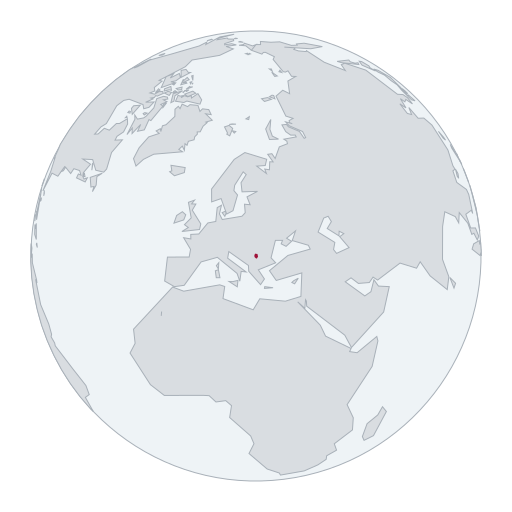 globe centered on Vidin, rotated 350°
{"feature_id": "BGR-2253", "entity_name": "Vidin", "entity_type": "Province", "adm_level": 1, "iso_a3": "BGR", "parent_name": "Bulgaria", "parent_adm1": "", "projection": "orthographic", "projection_center": [22.659, 43.807], "detail": "fine", "context": "on_globe", "style": "filled", "palette": "rose", "viewbox_px": 512, "rotation_deg": 350, "n_neighbors": 0, "source": "natural_earth", "source_scale": "10m", "svg_char_len": 11056}
<svg xmlns="http://www.w3.org/2000/svg" viewBox="0 0 512 512"><g transform="rotate(350 256 256)"><circle cx="256" cy="256" r="225" fill="#eef3f6" stroke="#a8b0b8"/><path d="M163.9,50.4L175.0,47.3L168.6,49.7L172.3,49.0L180.5,46.2L185.1,44.6L209.0,42.3L236.5,39.3L244.7,36.8L243.3,39.0L258.4,34.0L273.0,33.8L256.8,35.1L255.4,36.3L265.5,36.3L266.2,37.5L271.4,38.5L271.4,40.1L262.0,41.4L261.8,42.6L268.9,42.7L273.3,44.7L262.9,44.4L269.6,48.1L255.0,52.1L227.1,51.9L219.3,57.3L191.1,66.2L193.9,67.5L185.1,72.4L185.0,75.9L179.8,77.0L184.2,79.0L189.0,77.3L192.5,77.7L192.9,79.8L186.4,81.4L185.2,80.6L183.5,82.2L180.0,82.2L182.0,83.4L174.0,85.4L182.4,86.6L176.4,91.0L171.0,91.5L171.0,87.2L158.3,79.6L152.8,79.8L145.0,83.8L131.6,99.6L125.8,101.9L118.2,108.0L121.7,108.4L128.8,103.9L133.4,106.6L141.5,101.3L144.6,101.8L153.2,98.5L152.5,103.7L147.1,110.8L139.9,114.0L137.3,117.4L144.6,118.4L131.7,129.0L124.0,144.4L120.6,147.0L113.1,143.7L111.9,132.7L102.2,130.4L109.0,136.9L100.4,144.0L99.2,147.5L100.0,150.3L103.5,149.7L100.6,153.4L92.8,147.9L95.3,144.4L97.7,146.0L97.1,141.2L91.8,138.4L87.8,142.6L83.9,135.5L81.1,138.6L78.6,139.1L83.5,134.4L74.7,143.0L69.5,139.0L57.4,154.9L68.7,136.8L72.3,129.8L75.7,123.3L73.7,125.6L80.9,115.0L82.7,112.0L94.2,99.3L106.5,87.4L119.8,76.6L133.8,66.7L148.5,58.0L163.9,50.4ZM61.0,143.1L58.7,147.4L57.3,149.9L61.0,143.1ZM36.4,205.7L36.8,204.6L36.7,209.3L34.2,218.7L36.0,214.8L34.6,223.9L35.7,240.4L34.9,241.2L35.5,266.5L40.1,287.0L41.1,297.6L40.2,300.0L42.6,306.7L42.7,309.6L56.2,335.7L66.0,354.0L67.7,363.5L63.4,365.6L68.8,381.0L66.7,378.1L58.3,364.0L51.0,349.4L44.8,334.3L39.7,318.8L35.7,303.0L32.8,286.9L31.2,270.6L30.7,254.3L31.4,238.0L33.3,221.8L36.4,205.7ZM54.3,159.3L46.2,182.2L47.6,174.3L47.9,174.6L50.7,167.5L54.7,157.5L56.8,151.5L54.3,159.3ZM57.9,157.9L59.0,154.6L58.4,157.2L57.9,157.9ZM187.0,43.8L180.6,46.1L172.9,48.4L178.1,46.3L187.0,43.8ZM201.7,40.7L199.0,41.8L195.1,41.7L197.9,41.1L201.7,40.7ZM250.4,35.2L245.1,35.5L250.0,34.8L250.4,35.2ZM272.2,38.3L273.5,37.9L275.7,38.6L272.2,38.3ZM153.0,95.9L153.1,97.2L151.4,97.1L153.0,95.9ZM156.7,93.4L154.7,92.5L156.2,91.2L157.4,91.8L156.7,93.4ZM277.6,41.9L280.7,43.4L275.9,42.1L277.6,41.9ZM158.7,95.0L159.0,89.0L161.6,86.8L168.2,87.4L158.7,95.0ZM281.5,44.4L289.2,48.5L292.7,47.8L287.2,52.6L282.4,47.2L275.9,45.5L280.5,45.6L281.5,44.4ZM190.3,75.9L185.3,77.7L189.1,74.4L190.3,75.9ZM191.9,73.7L198.7,63.7L206.4,62.3L202.5,65.8L212.2,62.9L212.6,67.1L207.4,69.6L202.4,69.6L206.4,71.3L191.9,73.7ZM282.8,54.8L283.3,56.2L281.0,55.0L282.8,54.8ZM194.2,77.6L194.9,75.5L201.6,74.2L201.5,78.1L199.3,77.2L194.2,77.6ZM214.5,60.2L219.5,60.1L221.2,63.4L223.3,63.9L213.3,67.1L214.5,60.2ZM198.0,78.6L201.2,80.2L198.4,82.8L194.0,79.6L198.0,78.6ZM203.4,72.2L206.6,71.9L204.8,73.3L203.4,72.2ZM190.3,93.5L191.0,90.8L194.5,89.7L190.3,93.5ZM202.6,80.6L203.5,79.7L205.0,79.1L206.5,80.6L202.6,80.6ZM215.2,69.3L214.8,70.9L219.3,68.2L220.8,70.8L213.8,72.6L217.4,72.9L217.9,73.8L211.7,74.3L215.2,69.3ZM212.4,80.5L204.0,84.1L202.0,89.3L198.8,90.2L202.6,81.8L212.4,80.5ZM212.5,76.8L211.7,79.2L208.1,79.0L206.5,77.2L212.5,76.8ZM224.3,72.1L223.9,67.5L225.4,67.3L224.3,72.1ZM212.5,82.0L214.5,81.1L212.8,82.4L212.5,82.0ZM221.5,75.1L221.1,73.4L222.9,73.2L221.5,75.1ZM218.8,80.8L216.1,81.9L214.9,80.7L218.8,80.8ZM220.6,78.2L223.1,78.4L216.1,79.6L220.2,77.5L220.6,78.2ZM223.2,75.1L224.1,74.5L223.1,75.9L223.2,75.1ZM225.0,85.3L216.5,87.1L213.8,84.2L222.4,82.7L225.0,85.3ZM129.7,364.4L115.1,329.7L121.8,321.0L122.7,306.8L168.5,272.1L178.7,278.1L215.3,278.1L219.9,280.6L216.1,292.2L243.9,308.5L252.3,298.8L277.1,305.6L293.2,303.6L298.2,280.6L271.7,283.6L266.7,272.8L287.5,261.0L310.6,258.6L309.4,254.5L294.4,247.1L299.3,238.1L289.2,243.8L293.6,247.7L287.3,251.7L282.9,248.4L284.9,245.2L277.8,244.0L270.5,260.4L274.2,266.1L255.9,270.0L260.3,280.1L255.5,285.0L246.2,269.8L246.9,264.0L230.0,246.9L227.7,253.2L243.5,270.0L238.7,268.6L235.7,278.0L234.3,269.8L217.7,250.6L200.9,252.3L180.2,272.4L170.3,272.0L161.7,264.8L168.6,241.7L190.0,245.4L192.7,238.1L187.9,225.4L194.8,227.9L195.5,223.4L203.5,224.4L214.3,215.1L222.4,215.0L226.2,201.6L230.8,200.0L227.3,208.2L229.1,214.2L249.1,214.4L252.9,211.5L253.7,203.0L259.1,204.5L257.4,196.2L268.7,192.6L253.4,190.4L254.0,181.2L260.5,174.1L258.0,170.9L247.3,182.6L245.6,187.8L248.4,192.7L241.2,207.4L234.4,209.6L231.6,193.4L221.7,195.0L223.9,182.3L251.3,157.1L263.0,152.2L283.3,162.6L280.8,168.5L272.3,167.6L280.6,176.6L279.7,171.9L284.2,173.4L285.9,165.6L289.2,166.3L285.2,157.9L289.4,158.0L291.8,163.3L297.9,152.6L306.5,150.9L306.3,148.2L303.7,145.8L316.3,145.7L315.6,143.7L311.2,143.0L306.9,138.7L304.3,131.4L308.8,131.7L310.4,134.4L320.4,140.9L323.9,148.5L325.5,148.0L323.5,141.5L311.3,133.5L308.4,129.0L314.7,132.0L312.2,130.5L312.1,128.4L316.4,126.9L309.7,123.4L303.5,102.0L311.1,97.4L317.3,102.0L317.8,89.2L326.3,86.1L322.2,85.2L319.6,79.2L316.9,80.0L314.8,79.2L307.0,65.4L308.7,62.9L300.7,57.1L298.6,56.8L296.9,58.2L287.2,52.6L292.7,47.8L297.2,48.6L297.6,45.5L307.8,48.1L316.5,49.2L327.4,54.7L333.2,55.5L332.7,54.2L340.3,54.8L357.7,61.3L345.9,61.4L320.2,55.2L330.9,57.9L329.1,59.1L333.4,61.4L340.9,63.4L341.3,62.5L356.8,77.0L376.2,88.9L373.2,82.4L377.0,81.6L396.4,92.0L423.4,121.3L428.7,122.5L432.8,126.5L436.5,133.4L430.7,127.8L429.4,130.0L425.5,126.1L429.4,136.2L424.1,131.1L429.8,141.9L433.8,143.7L432.3,136.3L439.6,148.5L445.2,149.3L452.0,157.6L463.4,184.9L465.6,201.4L467.1,205.1L464.7,206.3L466.5,218.4L474.8,227.0L476.2,232.3L476.8,251.8L476.0,248.3L469.9,251.3L472.3,265.7L477.0,266.5L478.8,275.2L476.7,278.6L474.5,271.4L472.3,272.2L470.3,260.5L463.7,248.5L461.4,258.6L459.1,251.8L449.6,245.2L444.9,259.3L439.1,291.7L442.3,309.9L438.5,322.3L424.0,305.8L416.7,290.2L412.0,295.9L396.6,288.0L371.6,300.8L367.6,297.1L363.0,301.8L352.1,300.8L345.8,294.0L339.4,296.9L356.2,314.2L363.0,311.1L368.0,299.9L371.4,306.9L381.9,309.3L372.0,333.3L334.1,362.7L329.7,349.4L297.2,314.2L297.8,309.1L297.6,308.6L297.2,307.6L295.0,316.0L289.1,308.4L307.3,335.3L310.6,347.0L333.6,363.6L331.6,366.4L338.8,368.8L361.0,356.2L361.3,360.8L351.2,384.9L319.9,418.2L323.7,432.2L320.8,444.0L300.5,454.5L301.6,461.2L290.9,465.0L289.8,468.4L280.8,472.4L266.2,476.0L242.1,476.0L241.2,473.7L230.0,467.7L214.8,449.3L221.4,440.5L219.5,432.3L202.0,410.5L205.9,399.1L201.1,393.2L191.2,392.8L185.6,385.4L179.5,384.0L141.5,377.4L129.7,364.4ZM153.4,294.3L152.3,298.5L153.4,294.3ZM335.8,267.4L349.1,263.9L341.8,251.5L346.4,249.2L342.2,246.0L341.2,250.6L330.9,241.3L336.2,235.2L333.9,229.4L329.3,230.4L321.3,243.2L336.0,256.3L333.5,263.1L335.8,267.4ZM35.8,240.8L35.6,244.6L35.2,241.9L35.8,240.8ZM46.1,176.6L45.2,180.1L44.2,183.2L44.6,181.1L46.1,176.6ZM42.4,205.0L42.1,209.7L41.7,206.3L42.4,205.0ZM45.3,185.7L42.5,201.6L41.8,196.3L43.8,186.5L43.4,191.1L45.3,185.7ZM54.9,161.2L54.0,163.8L53.1,164.8L54.9,161.2ZM57.4,159.8L57.5,159.2L58.7,156.9L57.4,159.8ZM100.9,144.3L101.4,144.8L101.4,148.2L99.9,147.6L100.9,144.3ZM110.9,158.4L106.1,164.2L108.5,159.4L105.4,159.4L106.4,149.8L119.0,147.8L113.1,150.2L110.9,158.4ZM111.3,137.1L109.2,143.0L111.0,136.6L111.3,137.1ZM191.2,199.6L194.0,203.2L191.1,207.9L180.9,209.4L184.9,202.3L191.2,199.6ZM198.8,207.2L198.8,191.4L205.2,190.3L201.6,193.5L205.8,194.4L201.2,199.8L207.2,214.8L205.0,220.1L187.3,219.0L194.3,216.2L191.0,212.7L198.8,207.2ZM187.9,157.5L188.0,151.9L201.6,156.6L199.9,161.4L189.6,162.8L185.6,158.0L187.9,157.5ZM170.4,97.7L169.6,96.1L171.4,95.5L173.6,96.4L170.4,97.7ZM190.3,92.3L176.0,104.4L174.3,103.1L167.9,112.4L161.0,112.6L165.3,106.4L155.2,113.9L156.4,108.5L150.0,114.0L160.5,100.3L161.1,96.1L163.0,100.6L169.4,100.5L172.3,99.1L181.1,92.4L185.6,83.8L192.7,82.7L196.4,84.2L196.4,86.1L191.9,86.1L195.1,88.6L188.5,90.2L190.3,92.3ZM236.4,109.0L231.1,107.2L236.5,114.7L229.9,115.4L231.0,116.2L226.4,119.0L222.6,124.0L219.6,123.6L219.4,125.8L216.4,127.9L215.2,130.8L209.3,131.3L207.3,135.0L205.6,133.1L203.8,139.5L202.5,135.0L198.5,137.6L201.8,140.6L173.0,138.0L161.9,141.3L153.4,146.6L152.3,138.8L159.7,129.1L171.0,120.1L181.9,118.5L179.4,115.5L183.9,114.0L183.9,116.9L186.5,111.5L190.2,111.1L200.3,104.5L201.7,97.4L205.5,95.1L206.8,97.7L209.6,93.6L214.6,97.0L217.3,95.5L225.0,97.6L225.9,103.9L228.9,101.8L234.9,103.6L236.4,109.0ZM227.0,86.0L229.6,92.8L227.2,96.7L214.8,91.4L211.6,92.3L203.6,89.6L207.2,84.2L209.1,85.4L211.9,85.4L209.7,87.1L213.5,85.7L216.3,87.4L220.1,86.9L219.9,89.2L227.0,86.0ZM225.0,276.4L228.5,277.2L234.0,276.9L232.2,283.1L225.0,276.4ZM213.4,263.5L216.6,263.0L216.7,271.1L213.1,270.5L213.4,263.5ZM218.2,256.1L216.7,262.3L215.3,258.6L218.2,256.1ZM230.2,207.4L233.6,206.6L234.0,208.6L232.2,211.5L230.2,207.4ZM251.0,133.1L248.4,131.0L249.3,129.9L247.4,123.4L252.2,122.7L255.2,126.3L251.0,133.1ZM293.8,285.2L289.2,290.1L286.7,288.3L288.8,286.9L293.8,285.2ZM259.3,287.7L267.3,290.2L258.7,289.4L259.3,287.7ZM255.9,131.2L254.5,128.6L257.7,129.9L255.9,131.2ZM255.5,121.8L259.2,122.7L252.5,121.8L255.5,121.8ZM357.4,431.8L340.5,453.3L330.4,456.3L329.4,452.3L336.3,440.4L348.3,433.7L354.4,426.4L357.4,431.8ZM478.0,294.1L477.9,295.1L478.6,290.5L478.9,288.6L478.0,294.1ZM478.5,291.1L476.7,294.4L470.0,286.8L472.5,281.8L478.6,279.6L478.4,283.0L479.5,282.4L478.5,291.1ZM480.8,270.4L480.8,264.9L480.8,258.5L481.1,254.8L479.0,224.3L478.9,223.5L481.1,246.9L480.8,270.4ZM443.2,310.8L447.8,317.5L445.4,322.0L443.2,310.8ZM475.8,207.5L478.2,220.2L475.3,205.7L475.8,207.5ZM472.7,195.8L473.7,198.8L473.1,197.9L472.7,195.8ZM469.2,209.9L469.1,214.7L468.0,212.4L467.5,205.0L469.2,209.9ZM457.3,164.9L461.4,171.7L462.8,174.8L460.8,172.5L457.3,164.9ZM294.3,124.1L291.7,133.7L292.9,140.8L298.5,144.8L289.5,143.6L287.6,132.6L294.3,124.1ZM301.9,104.5L296.9,101.5L299.7,100.4L301.3,101.0L301.9,104.5ZM298.4,104.4L291.2,105.3L288.8,102.1L295.0,102.0L298.4,104.4ZM273.6,117.6L272.5,120.4L269.9,119.2L273.6,117.6ZM474.6,201.6L473.6,198.0L473.0,195.6L474.6,201.6ZM470.9,190.4L471.6,190.6L472.6,196.1L467.5,183.7L466.7,179.8L470.9,190.4ZM433.7,122.5L431.1,120.2L428.9,116.4L431.3,119.1L433.7,122.5ZM419.3,103.4L427.4,114.7L433.5,124.6L434.0,123.9L439.6,130.8L436.3,129.2L428.5,118.4L424.7,111.9L419.6,106.9L414.0,100.2L408.2,96.1L404.3,92.3L408.4,94.3L419.3,103.4ZM405.8,94.6L393.6,86.5L391.5,82.1L393.8,82.9L400.2,88.4L400.9,90.3L405.8,94.6ZM390.0,83.4L390.5,85.3L373.7,80.4L369.7,78.4L381.4,79.1L382.5,81.1L387.0,83.3L390.0,83.4ZM285.6,56.0L283.5,56.2L284.5,55.2L285.6,56.0ZM313.3,79.8L310.6,78.5L311.8,77.2L313.3,79.8ZM303.6,74.5L304.1,76.8L301.6,74.1L303.6,74.5ZM305.6,82.4L303.4,77.7L308.2,82.4L305.6,82.4Z" fill="#d9dde1" stroke="#a8b0b8" stroke-width="1"/><path d="M255.8,255.0L255.8,254.9L255.8,254.7L255.9,254.4L256.0,254.4L256.7,254.8L256.8,254.8L257.0,254.8L257.1,255.0L256.9,255.2L256.7,255.2L256.6,255.3L256.5,255.6L256.6,255.8L257.1,255.9L257.1,256.0L256.9,256.1L257.0,256.2L257.1,256.3L257.1,256.5L256.9,256.5L256.8,256.9L256.9,257.0L256.7,257.2L256.4,257.2L256.4,257.3L256.3,257.5L256.2,257.7L255.9,257.5L255.8,257.4L255.7,257.4L255.6,257.2L255.5,256.9L255.5,256.7L255.4,256.6L255.3,256.4L255.2,256.4L255.2,256.2L255.1,255.9L255.2,255.7L255.3,255.5L255.3,255.4L255.3,255.2L255.5,255.2L255.8,255.0Z" fill="#f43f5e" stroke="#9f1239" stroke-width="1.5"/></g></svg>